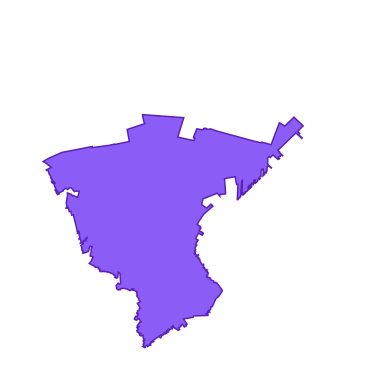 Sector 5, Bucharest, Romania, rotated 145°
{"feature_id": "2599482B58123345185343", "entity_name": "Sector 5", "entity_type": "district", "adm_level": 2, "iso_a3": "ROU", "parent_name": "Romania", "parent_adm1": "Bucharest", "projection": "natural_earth1", "projection_center": [26.071, 44.404], "detail": "fine", "context": "isolated", "style": "filled", "palette": "violet", "viewbox_px": 384, "rotation_deg": 145, "n_neighbors": 0, "source": "geoboundaries", "source_scale": "gbopen_adm2", "svg_char_len": 6059}
<svg xmlns="http://www.w3.org/2000/svg" viewBox="0 0 384 384"><g transform="rotate(145 192 192)"><path d="M63.0,182.5L65.6,194.8L78.1,192.8L80.7,198.6L100.1,185.4L106.2,192.8L106.8,192.3L112.4,198.5L137.1,228.2L139.5,231.7L140.8,233.2L142.9,234.0L144.6,236.8L145.5,236.3L146.1,237.3L147.4,236.6L151.8,241.0L158.8,236.4L159.7,235.5L158.8,234.5L160.9,232.9L172.2,245.1L156.1,257.6L188.2,283.8L191.0,277.6L191.5,275.1L209.2,280.4L214.4,269.3L228.0,275.2L227.9,275.6L233.0,277.7L248.4,285.7L247.7,286.5L276.0,299.1L290.2,301.8L296.5,302.3L295.0,299.2L293.2,292.9L299.3,293.8L298.4,293.3L298.5,292.8L297.4,292.6L298.8,288.2L298.4,288.1L299.1,284.7L299.6,284.7L299.8,283.6L299.4,283.2L299.8,281.3L301.0,281.5L301.3,280.0L300.7,279.9L300.9,279.0L299.7,278.8L299.3,279.6L299.0,278.9L299.3,277.5L300.5,277.7L301.5,274.4L301.7,272.1L303.0,272.3L303.1,270.6L302.1,270.5L302.2,269.7L301.6,269.6L301.8,268.8L303.6,269.1L303.7,267.0L301.7,266.6L301.4,267.6L296.7,266.8L296.5,267.5L295.3,267.6L292.9,267.2L292.5,265.4L289.1,265.5L288.4,263.5L288.1,259.7L286.3,259.2L284.0,257.2L288.8,253.1L291.5,257.6L292.2,257.5L292.2,259.4L294.6,262.7L296.0,260.6L301.2,255.3L303.0,251.7L305.2,250.9L303.9,251.0L303.6,250.4L302.3,250.3L303.8,246.3L302.4,245.6L303.8,242.0L302.3,241.4L307.9,226.9L307.7,225.6L308.7,225.7L308.8,224.2L309.5,223.8L308.2,223.1L307.8,224.4L307.3,224.3L308.1,222.2L308.7,222.4L310.2,218.5L311.9,219.0L311.2,218.5L311.4,218.1L310.2,218.3L311.6,214.3L313.7,214.2L311.0,213.7L304.2,214.9L304.5,214.4L307.1,213.9L307.0,213.3L307.4,213.8L310.4,213.3L310.2,212.5L311.1,212.5L311.2,212.0L313.7,212.0L314.0,209.4L314.7,209.1L315.6,207.1L315.0,206.4L316.3,205.1L315.9,205.0L316.2,204.2L311.2,202.7L306.5,206.0L305.2,204.4L307.6,202.8L309.3,200.5L312.2,198.2L310.2,195.6L314.5,193.0L317.2,192.4L314.0,186.2L314.4,185.9L311.8,183.8L312.8,182.8L311.6,181.9L312.9,180.5L312.5,180.2L312.8,179.4L311.1,178.3L310.8,178.7L309.8,177.2L309.3,177.5L307.2,174.8L306.9,175.0L302.9,168.7L303.7,168.2L302.9,167.0L304.2,166.2L304.1,165.8L303.5,166.0L302.9,164.5L301.6,164.8L298.3,168.7L298.0,168.0L298.3,167.8L297.7,166.6L302.7,158.4L303.4,157.9L304.5,158.4L304.8,159.8L307.9,158.8L309.2,155.7L308.4,153.9L306.7,153.1L306.3,153.8L303.1,152.3L300.8,149.6L299.4,146.8L296.7,147.0L295.7,146.3L297.0,145.7L295.7,144.5L294.2,141.5L295.0,141.5L295.6,140.6L295.6,139.2L296.9,138.6L296.8,134.6L297.4,134.0L297.4,131.9L300.6,132.1L301.0,126.6L302.1,126.6L302.8,125.7L304.8,125.7L304.9,125.2L306.4,124.8L306.8,124.5L306.0,123.3L306.8,123.2L306.6,122.5L308.3,121.9L308.1,121.4L308.6,121.0L309.3,122.4L311.2,121.7L312.2,120.7L311.1,118.9L308.0,118.7L308.3,114.7L309.6,115.3L313.6,113.9L313.8,113.6L312.6,112.2L313.7,111.8L314.8,112.5L315.0,110.3L316.5,110.3L317.1,108.6L316.2,107.9L316.4,107.2L315.3,105.9L316.5,106.1L316.9,104.6L316.2,104.4L316.4,103.3L314.3,102.7L316.0,99.6L315.3,98.8L316.1,98.5L315.9,97.8L317.5,98.0L317.8,95.5L319.3,95.4L319.6,93.8L321.0,93.7L319.9,91.5L319.3,91.5L319.3,92.2L316.9,92.4L316.9,90.7L314.4,91.4L314.4,90.4L313.5,90.3L313.6,91.6L312.1,91.7L311.8,92.6L310.8,91.9L310.7,92.6L309.8,92.6L309.7,91.4L309.2,91.3L309.1,92.6L301.9,92.8L301.8,91.0L301.3,90.5L299.0,91.6L299.8,92.7L297.8,92.3L297.7,91.5L296.5,91.5L295.7,92.6L295.0,92.2L294.9,91.1L294.1,91.5L293.8,90.8L293.3,91.5L294.2,92.1L293.8,92.3L291.5,90.8L291.3,91.1L293.2,92.3L291.7,92.7L290.3,91.7L289.9,92.0L290.8,93.0L289.9,93.1L289.2,92.1L286.9,91.9L286.8,91.3L286.4,91.4L286.5,93.1L284.2,93.2L284.9,92.1L282.6,86.6L281.1,86.4L280.9,88.5L279.9,88.2L277.8,88.5L277.7,89.3L275.8,89.1L275.7,85.8L273.4,85.6L273.3,86.7L271.8,86.6L271.9,92.9L262.9,88.7L261.8,89.6L249.7,81.7L249.4,82.0L250.7,83.0L250.2,83.4L250.2,84.1L249.4,83.6L248.3,84.5L247.8,83.5L247.1,83.6L246.7,83.8L247.4,85.1L246.9,85.3L246.4,84.1L246.2,85.2L245.8,84.8L244.3,85.2L242.2,87.1L241.6,86.5L239.6,87.3L234.1,90.7L229.3,91.4L223.8,93.6L223.5,95.3L223.8,102.6L224.3,104.3L225.1,104.4L225.1,105.3L225.2,104.9L225.9,105.4L225.3,106.7L227.2,109.5L226.4,110.4L226.4,111.2L227.3,111.7L227.1,112.1L228.3,113.1L227.8,113.6L228.6,114.2L227.2,115.5L226.6,115.0L225.2,116.3L225.7,117.3L225.1,117.5L225.2,118.2L225.6,118.8L224.8,119.1L225.4,119.3L224.7,120.0L225.2,120.1L224.9,120.4L225.9,122.4L225.3,122.8L226.2,123.7L225.0,124.4L224.6,125.3L224.8,125.6L224.1,125.7L224.0,126.3L225.4,127.0L225.0,131.0L224.2,132.4L225.0,133.3L224.3,133.7L225.0,134.3L224.3,134.8L224.3,136.1L224.9,136.5L222.8,136.6L222.7,137.0L224.3,137.0L224.3,137.5L224.8,137.5L224.8,139.4L225.5,139.5L225.5,140.2L224.3,140.0L224.1,141.3L223.3,141.2L223.3,142.5L222.1,142.6L221.9,144.5L218.5,145.7L219.2,147.2L214.8,149.0L214.3,148.4L215.8,151.8L210.3,154.6L208.4,150.7L206.6,151.4L207.1,152.4L206.5,152.6L208.4,156.2L205.3,157.4L205.9,158.7L205.0,159.1L206.4,162.2L205.8,162.4L206.1,162.8L195.2,167.1L183.0,168.4L183.4,171.2L189.2,170.4L190.1,172.6L191.1,175.5L190.9,176.5L187.0,180.1L172.0,176.5L171.6,172.8L171.0,174.0L165.5,171.2L157.7,184.3L147.9,179.8L151.2,172.6L149.9,171.9L159.7,159.3L159.1,159.7L158.2,159.5L158.5,159.2L157.3,160.3L156.4,159.9L156.7,159.4L155.6,160.5L154.9,160.2L145.1,172.4L144.1,172.5L152.6,161.3L152.1,161.0L152.7,160.2L150.9,162.1L150.5,161.8L151.0,161.0L150.6,160.7L150.8,160.4L148.8,160.7L148.0,161.7L147.2,160.9L145.2,161.3L143.0,164.2L140.9,164.4L143.2,161.6L142.5,161.6L142.0,162.2L141.6,161.9L138.9,165.0L140.9,161.9L140.2,162.1L138.1,164.9L136.8,164.1L137.9,162.3L134.4,166.1L133.2,165.5L135.8,162.7L134.4,163.6L134.6,162.8L132.4,163.2L130.0,164.8L129.3,164.3L129.4,163.7L128.4,163.9L128.4,164.8L127.5,165.6L126.6,165.1L123.6,169.3L121.7,170.5L120.5,169.8L124.6,164.5L122.7,164.7L121.4,166.5L120.1,165.7L120.4,165.1L120.1,165.1L119.1,166.5L118.6,166.2L116.1,169.5L114.1,169.2L113.4,166.2L113.0,166.3L114.2,171.0L110.4,176.6L108.3,176.7L108.0,175.3L104.4,175.9L102.9,169.4L102.2,169.6L102.4,170.5L101.9,169.1L101.2,169.2L101.5,170.7L99.1,171.0L99.0,170.6L97.4,171.4L96.7,169.0L97.8,174.2L97.2,174.3L97.8,176.9L73.0,180.8L71.3,172.9L70.7,173.0L71.8,178.0L70.2,178.3L70.7,181.0L63.0,182.5Z" fill="#8b5cf6" stroke="#5b21b6" stroke-width="1.5"/></g></svg>